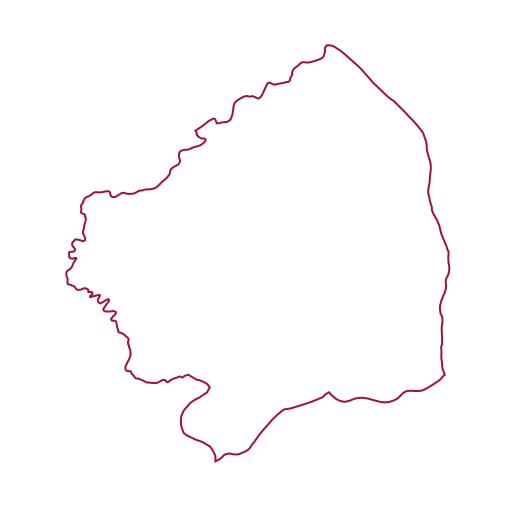 the district of Adi Tekeliezan, Anseba, Eritrea, rotated 80°
{"feature_id": "51966322B26692993849308", "entity_name": "Adi Tekeliezan", "entity_type": "district", "adm_level": 2, "iso_a3": "ERI", "parent_name": "Eritrea", "parent_adm1": "Anseba", "projection": "natural_earth1", "projection_center": [38.763, 15.608], "detail": "fine", "context": "isolated", "style": "outline", "palette": "rose", "viewbox_px": 512, "rotation_deg": 80, "n_neighbors": 0, "source": "geoboundaries", "source_scale": "gbopen_adm2", "svg_char_len": 6032}
<svg xmlns="http://www.w3.org/2000/svg" viewBox="0 0 512 512"><g transform="rotate(80 256 256)"><path d="M405.9,90.8L398.9,91.9L394.2,91.4L388.4,91.2L383.8,90.2L378.2,89.5L376.4,88.9L375.0,88.0L369.3,87.0L359.2,85.7L352.0,83.5L349.5,83.4L347.1,83.4L344.8,84.3L341.2,84.1L337.9,83.7L336.5,83.2L331.6,80.9L327.9,78.7L325.4,76.9L321.7,74.9L317.9,73.8L316.0,73.9L313.5,73.5L311.3,72.6L308.5,70.4L305.1,68.6L301.9,67.8L299.4,67.5L296.3,67.6L291.2,67.0L287.9,66.1L285.2,65.6L283.0,66.3L279.6,66.7L274.0,68.0L266.1,69.7L257.1,70.3L254.4,71.1L252.2,71.4L249.6,72.5L247.3,73.1L245.6,73.9L241.5,74.8L238.4,74.4L232.6,75.1L228.0,75.2L226.2,75.4L222.5,75.3L219.8,74.6L214.2,72.5L211.2,71.6L208.5,71.0L200.9,68.8L197.4,68.2L194.7,68.0L183.6,69.2L180.7,69.3L176.2,68.6L173.0,68.6L169.7,69.1L163.7,70.1L158.8,72.6L154.4,75.1L149.7,78.0L145.2,81.2L142.3,82.9L135.5,87.6L127.2,93.5L124.3,96.5L120.4,99.8L105.3,110.8L91.0,119.4L86.6,122.5L72.5,133.7L68.7,137.0L64.4,141.5L62.4,144.0L61.4,146.6L60.8,149.3L61.8,151.0L62.5,151.6L63.4,152.1L66.5,152.4L70.6,154.5L71.5,155.2L72.2,156.1L72.7,157.1L73.2,158.7L73.6,160.9L74.3,165.6L74.6,169.4L74.5,171.3L73.3,176.0L73.3,176.9L73.8,178.4L76.4,182.6L77.2,184.5L77.9,185.7L78.9,186.9L80.4,188.0L81.4,188.5L83.2,188.8L83.9,189.0L86.4,191.2L89.1,192.3L89.8,192.9L90.1,193.9L90.0,197.4L90.4,199.6L90.3,203.4L90.5,207.6L90.3,208.7L88.2,211.7L87.7,212.6L87.5,213.4L87.7,214.1L88.3,214.9L90.0,216.2L98.5,222.1L100.0,223.6L101.4,226.0L101.1,227.0L98.4,230.8L97.9,231.9L98.0,234.0L97.8,235.1L97.0,236.5L96.8,237.4L96.8,239.2L97.4,241.9L98.4,244.7L99.6,247.6L101.1,250.0L102.7,251.2L104.6,252.1L107.0,252.7L109.6,253.8L111.7,254.3L116.7,257.0L117.3,257.7L118.5,259.9L118.9,261.4L118.5,266.0L118.9,269.4L118.4,271.7L117.6,271.7L114.3,272.5L113.5,273.0L113.5,274.7L114.2,277.4L115.0,279.5L116.8,282.6L119.7,288.4L122.0,293.9L125.4,292.9L125.9,293.2L126.8,293.2L127.5,292.4L128.3,292.3L130.9,289.3L130.9,288.2L131.3,286.7L132.0,285.7L132.9,285.3L133.9,286.0L135.0,287.2L135.9,288.7L137.0,290.9L137.5,292.3L138.0,298.2L139.4,304.1L139.0,309.4L139.4,311.3L139.7,312.2L140.1,312.8L141.0,313.5L142.7,314.3L146.7,314.5L148.9,314.2L149.6,314.4L151.7,315.9L152.3,316.7L152.7,317.6L154.2,322.0L155.3,324.1L156.5,325.3L160.0,326.7L161.3,327.7L162.3,329.0L163.5,330.2L166.6,335.5L170.0,340.4L171.1,342.3L171.6,344.1L172.0,347.5L171.3,353.3L171.3,354.1L171.7,356.1L171.4,359.3L171.6,360.3L172.9,363.9L173.2,365.4L173.3,366.5L172.7,370.6L172.1,372.5L170.8,375.4L170.6,376.3L170.6,377.2L173.1,383.4L173.4,384.4L173.4,385.4L173.2,386.3L172.8,387.3L171.8,388.4L170.9,388.7L168.5,388.6L167.6,388.9L166.9,389.7L166.5,390.5L166.3,391.8L166.4,398.0L165.3,403.1L165.4,404.4L165.7,405.1L167.7,409.0L168.9,413.6L169.4,414.5L172.1,416.6L173.7,417.2L174.2,417.7L175.1,418.9L175.7,419.4L177.0,419.8L179.3,419.7L182.2,420.8L183.1,420.5L183.9,419.7L185.1,417.7L185.8,417.4L187.4,417.6L188.4,417.2L189.3,417.1L190.3,417.2L192.0,417.8L194.9,419.3L199.5,421.0L202.5,422.3L203.3,422.4L208.2,421.3L209.5,421.3L210.4,421.5L211.1,422.3L211.4,423.0L211.2,424.1L209.2,427.9L209.0,428.8L208.2,430.9L210.6,434.1L211.5,434.8L213.5,435.2L214.3,434.9L217.4,433.1L218.3,433.0L219.3,433.7L219.9,434.6L220.0,436.0L219.7,437.3L219.6,438.3L220.1,439.6L221.3,439.9L222.8,439.8L224.4,440.2L225.2,439.9L225.8,439.5L226.3,438.6L226.7,437.4L226.8,436.2L226.5,434.5L226.8,433.5L227.9,433.8L230.6,436.5L234.0,438.8L235.3,439.7L235.9,440.4L236.8,441.9L237.4,443.5L238.0,444.6L238.7,445.3L240.9,446.0L242.5,446.1L244.8,445.6L246.4,445.6L248.0,445.9L249.3,446.3L250.3,446.4L251.0,446.1L251.5,445.4L252.3,443.3L252.9,442.9L253.7,441.1L254.4,440.2L257.1,438.9L257.8,438.4L258.2,437.8L258.6,436.2L258.7,435.1L258.6,433.6L258.0,431.8L258.0,430.2L259.1,428.0L259.8,427.2L260.5,426.9L262.2,427.5L262.7,427.0L262.7,424.3L263.3,423.7L264.8,423.6L265.5,424.3L266.7,426.3L267.5,426.5L267.8,425.6L267.4,423.1L267.1,419.3L267.1,417.5L267.3,416.8L267.7,416.5L268.2,416.7L270.6,418.7L271.4,419.2L272.2,419.5L273.1,419.5L274.2,419.2L275.0,418.7L275.5,418.1L275.6,417.2L275.0,416.0L275.0,415.0L273.5,411.9L273.0,410.0L273.0,408.6L273.9,408.4L274.6,408.6L275.3,409.2L281.0,415.0L282.1,415.7L283.9,414.9L284.3,414.3L284.9,411.9L285.4,408.6L285.4,406.9L285.6,405.6L286.3,404.3L287.0,403.7L287.7,403.8L288.6,404.4L289.3,405.1L290.7,407.4L292.9,409.7L293.9,409.6L294.6,409.0L294.9,408.1L295.0,407.2L295.4,406.2L296.0,405.3L297.3,405.1L302.4,405.1L304.0,404.7L307.2,404.6L308.7,401.6L310.2,399.8L314.8,396.2L315.6,395.8L316.3,395.9L317.7,396.7L319.5,397.2L320.8,397.2L322.3,396.7L323.6,396.8L326.5,396.3L328.0,396.3L330.9,396.5L332.5,397.1L335.3,398.7L341.2,403.1L342.6,403.8L343.6,404.1L344.8,404.2L345.5,404.0L346.2,403.7L346.7,403.1L347.2,401.7L347.7,399.8L348.1,399.2L350.3,398.8L353.0,397.1L354.8,396.3L355.6,395.5L356.4,393.2L357.1,391.9L359.4,388.3L361.5,385.7L363.6,377.6L363.8,375.7L362.8,372.2L361.8,369.6L361.9,368.5L362.3,367.3L363.0,366.4L364.2,366.1L364.9,365.4L364.8,364.3L363.4,361.5L362.9,360.1L362.5,358.6L362.1,356.4L362.1,355.4L361.5,352.5L361.5,351.5L362.5,350.2L362.9,349.4L362.6,348.5L361.7,347.3L361.1,343.4L366.5,337.2L367.3,336.1L368.6,333.0L371.5,328.5L374.1,325.9L377.4,324.4L381.8,327.9L385.5,336.3L386.8,340.7L389.1,345.9L395.3,353.7L400.7,357.4L406.3,358.9L410.0,359.1L414.7,358.6L418.0,357.8L421.1,354.7L426.7,346.8L428.9,342.7L431.0,339.8L435.6,334.4L438.8,332.8L442.4,331.6L445.7,330.7L451.2,331.6L449.5,326.4L446.2,321.5L445.8,316.7L447.4,312.7L448.3,308.3L447.6,304.5L446.5,300.0L444.9,296.3L441.3,292.9L438.4,289.6L432.8,284.0L428.4,278.9L419.6,267.9L415.9,262.2L413.8,258.6L412.0,255.2L412.1,248.3L409.9,231.0L409.1,226.3L406.6,214.6L404.2,211.6L402.9,207.6L406.1,205.8L410.9,201.7L413.6,197.9L415.1,193.6L414.7,188.8L413.8,184.4L413.5,180.2L414.1,175.6L415.6,171.1L421.4,158.7L422.5,154.4L422.8,149.7L422.2,145.4L420.8,141.2L417.1,135.8L416.0,133.8L415.3,131.8L415.2,130.2L415.7,126.2L416.6,122.9L417.3,118.2L417.3,116.3L417.0,114.2L415.7,110.2L414.1,105.9L410.4,97.4L409.2,95.4L406.4,91.9L405.9,90.8Z" fill="none" stroke="#9f1239" stroke-width="2"/></g></svg>